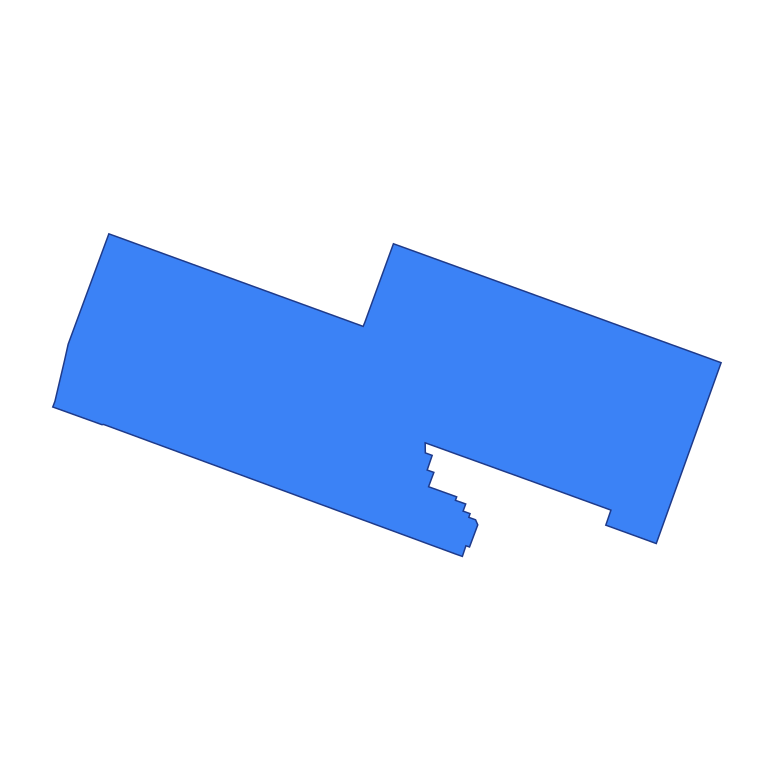 the district of Montrose, Colorado, United States of America, rotated 20°
{"feature_id": "52423323B36547331461438", "entity_name": "Montrose", "entity_type": "district", "adm_level": 2, "iso_a3": "USA", "parent_name": "United States of America", "parent_adm1": "Colorado", "projection": "equal_earth", "projection_center": [-108.218, 38.41], "detail": "fine", "context": "isolated", "style": "filled", "palette": "blue", "viewbox_px": 768, "rotation_deg": 20, "n_neighbors": 0, "source": "geoboundaries", "source_scale": "gbopen_adm2", "svg_char_len": 584}
<svg xmlns="http://www.w3.org/2000/svg" viewBox="0 0 768 768"><g transform="rotate(20 384 384)"><path d="M80.6,518.9L132.8,518.7L134.4,517.9L509.1,519.3L516.6,519.2L516.3,508.0L520.1,507.9L520.3,484.3L516.5,480.3L509.3,480.3L509.2,476.4L501.8,476.4L501.8,468.8L490.9,468.9L490.9,465.2L461.0,465.3L461.1,450.0L454.0,450.1L453.7,434.6L446.4,434.6L442.8,425.2L548.5,424.9L640.4,424.9L640.7,440.8L694.4,440.8L693.5,248.7L495.7,248.8L344.9,249.0L344.9,332.6L344.7,337.0L74.1,337.0L73.6,454.6L75.7,470.7L80.7,512.8L80.6,518.9Z" fill="#3b82f6" stroke="#1e3a8a" stroke-width="1.5"/></g></svg>